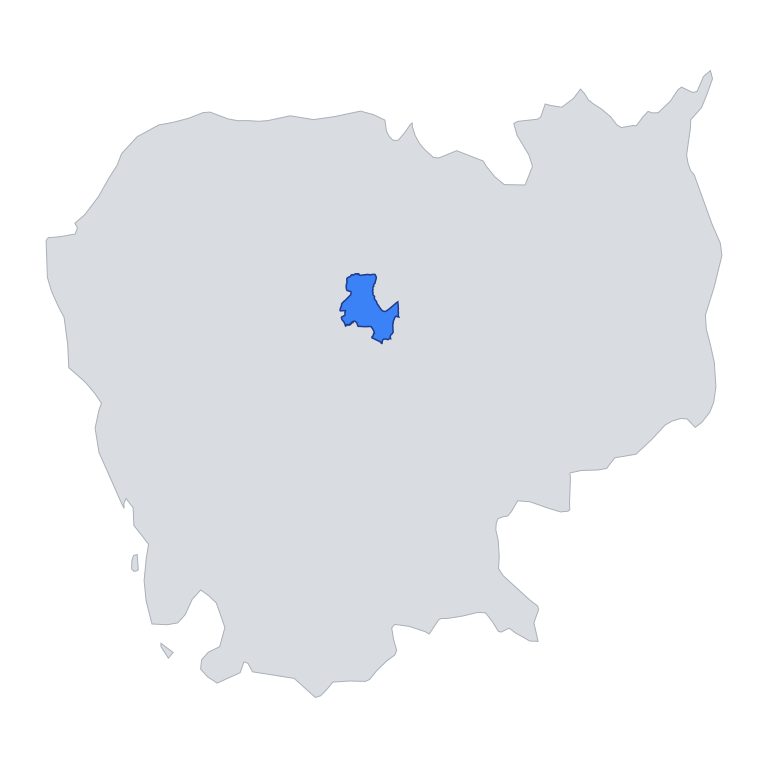 Prasat Ballangk, Kâmpóng Thum, Cambodia (highlighted)
{"feature_id": "14789045B6687253744380", "entity_name": "Prasat Ballangk", "entity_type": "district", "adm_level": 2, "iso_a3": "KHM", "parent_name": "Cambodia", "parent_adm1": "Kâmpóng Thum", "projection": "robinson", "projection_center": [104.812, 13.075], "detail": "fine", "context": "in_parent", "style": "filled", "palette": "blue", "viewbox_px": 768, "rotation_deg": 0, "n_neighbors": 0, "source": "geoboundaries", "source_scale": "gbopen_adm2", "svg_char_len": 8144}
<svg xmlns="http://www.w3.org/2000/svg" viewBox="0 0 768 768"><path d="M710.4,70.6L712.5,78.7L707.1,93.9L701.5,107.7L690.8,119.7L690.3,128.6L686.6,155.1L688.1,163.5L690.6,170.7L694.1,174.6L703.5,200.5L712.0,224.0L720.4,243.4L721.9,255.6L714.3,286.6L705.4,315.1L706.3,329.3L710.1,343.5L714.3,362.4L715.9,386.7L713.7,402.4L709.7,412.3L701.9,422.3L695.2,427.4L687.1,418.9L680.6,418.5L672.0,421.1L665.2,425.0L651.4,439.8L636.0,454.2L614.8,457.8L606.5,468.5L597.7,470.0L580.9,470.5L569.9,473.0L570.4,478.4L569.5,503.7L569.8,509.6L568.1,511.2L560.5,511.9L547.6,508.0L530.1,501.8L517.7,500.8L511.3,511.8L507.5,516.1L502.8,516.8L497.9,518.7L496.2,523.7L495.8,529.8L498.2,540.3L499.2,557.1L498.5,568.5L503.1,575.7L529.8,600.0L537.7,606.0L538.6,609.6L533.9,622.8L538.1,641.4L529.7,641.0L515.8,633.1L509.1,628.2L501.1,632.1L498.3,631.3L492.8,622.2L485.6,612.9L478.3,612.3L462.8,616.0L446.9,618.5L440.9,618.5L438.4,620.2L429.2,634.0L425.3,631.7L409.3,626.4L394.7,624.4L391.7,627.9L393.5,639.3L396.7,650.3L394.8,655.0L386.8,660.8L376.2,671.2L369.7,679.4L365.2,681.4L349.0,681.0L332.9,682.1L326.5,689.8L320.5,695.8L315.3,697.4L294.2,678.4L252.5,671.8L248.0,663.4L244.0,661.8L240.1,672.7L217.2,683.1L207.6,676.8L200.6,669.1L201.6,659.8L208.3,652.2L219.7,646.7L224.9,627.5L216.3,602.9L208.7,595.7L200.7,590.0L192.3,599.2L185.1,614.8L177.7,622.9L167.3,624.7L152.0,624.0L146.1,600.7L144.1,580.6L146.3,557.8L148.6,544.2L133.9,525.5L133.1,507.7L126.0,498.5L123.9,503.2L124.1,508.3L122.1,504.6L99.0,452.4L95.1,428.2L99.1,409.5L101.5,403.3L94.8,393.4L85.4,382.3L68.8,367.7L67.7,344.6L64.1,317.3L59.1,308.1L51.5,291.3L47.4,277.4L46.1,240.7L48.2,237.7L60.0,236.7L75.1,234.0L77.5,228.1L74.9,223.2L84.6,214.9L98.5,196.6L109.2,177.6L117.0,165.5L121.6,153.6L137.2,136.7L158.7,125.0L173.3,122.3L188.5,118.3L203.1,112.6L210.0,112.1L228.0,118.9L237.8,120.7L248.1,120.6L258.7,121.3L267.9,120.6L290.1,115.8L313.6,119.6L334.6,116.6L360.5,111.1L373.3,114.6L384.9,120.1L386.5,131.3L389.2,136.4L393.0,140.3L398.2,140.3L404.8,132.5L410.3,124.5L412.2,123.0L412.4,127.0L415.2,135.7L420.1,144.3L425.1,150.0L433.5,157.5L438.9,157.9L456.7,150.7L483.3,161.1L486.4,166.4L495.0,177.0L504.3,184.6L525.1,185.0L532.5,166.4L528.9,155.0L517.0,135.2L513.8,123.5L517.6,121.4L537.6,119.2L540.8,116.9L545.2,104.0L550.7,105.5L561.8,107.2L573.5,98.4L580.5,89.1L584.3,93.3L588.4,99.8L593.0,103.6L601.5,109.1L610.8,116.9L616.6,124.6L621.2,127.6L633.1,125.5L636.3,125.8L643.2,116.5L648.1,111.4L652.2,112.9L658.2,112.7L670.6,100.9L677.7,90.0L681.5,87.1L692.7,92.5L697.1,91.4L703.5,76.5L710.4,70.6ZM138.3,569.8L136.0,571.2L133.8,571.2L131.6,569.0L131.9,560.6L133.5,555.5L137.2,554.5L138.3,569.8ZM173.1,652.5L168.4,658.2L160.9,646.5L161.0,643.3L173.1,652.5Z" fill="#d9dde1" stroke="#a8b0b8" stroke-width="1"/><path d="M390.6,338.6L390.5,337.9L390.4,337.6L390.1,337.1L390.1,336.9L390.1,336.7L390.5,335.8L390.6,335.3L390.9,334.9L391.2,334.6L392.0,333.9L392.5,333.2L393.0,332.5L393.1,332.3L393.1,332.0L393.0,330.0L392.9,329.2L392.9,328.9L392.9,327.6L392.8,325.8L392.7,324.9L393.0,323.9L393.2,323.0L393.3,322.3L393.2,322.0L393.3,321.5L393.4,321.1L393.6,320.6L394.2,319.2L394.4,318.6L394.6,318.0L394.9,317.6L395.1,317.1L395.2,316.9L395.5,316.6L395.8,316.4L396.3,316.2L396.5,316.2L397.1,316.6L397.7,316.9L397.9,316.9L398.8,317.0L398.5,316.5L398.3,315.3L398.2,314.7L398.4,313.2L398.4,312.6L398.3,311.4L398.2,311.1L398.1,310.7L398.2,310.0L398.4,309.1L398.4,308.7L398.3,308.0L398.2,306.7L398.2,305.4L398.1,304.6L397.8,301.8L396.4,302.8L396.0,303.1L394.7,304.3L394.0,304.8L393.5,305.3L392.4,306.3L391.9,306.6L389.4,308.8L388.3,309.5L387.8,310.0L385.8,311.3L385.5,311.4L384.5,311.4L383.0,311.1L382.7,311.0L382.3,310.6L381.8,310.2L381.1,309.4L380.3,308.4L379.5,307.1L378.6,305.9L378.5,305.6L378.4,305.3L378.2,305.0L377.9,304.9L377.6,304.5L377.3,303.9L377.1,303.7L377.0,303.4L376.9,303.1L376.8,302.8L376.7,302.4L376.5,301.5L376.2,301.2L375.6,300.5L375.1,299.7L374.9,299.5L374.7,299.3L374.5,299.1L374.5,298.9L374.3,298.8L374.3,298.1L374.3,297.8L374.5,297.4L374.6,296.7L374.3,296.2L374.2,296.0L373.5,295.4L373.1,295.0L373.0,294.5L373.0,294.3L372.9,294.0L372.9,293.3L373.0,292.8L372.9,292.6L373.0,292.2L372.5,291.2L372.7,290.8L372.6,290.4L372.8,290.3L372.9,290.1L372.9,289.9L372.9,289.5L373.0,289.3L372.9,288.7L372.8,288.3L372.8,287.5L373.0,287.2L373.5,286.7L373.8,286.2L373.7,285.5L373.6,285.0L373.6,284.8L373.8,284.5L373.9,284.3L374.6,283.7L375.0,283.2L374.9,283.0L375.1,282.7L375.1,282.4L375.2,282.2L375.3,281.8L375.4,281.3L375.4,281.1L375.5,280.9L375.7,280.3L375.8,279.9L376.2,278.7L376.3,278.2L376.2,277.0L375.8,276.0L375.7,275.9L375.4,275.1L375.1,274.6L374.5,274.3L374.2,274.3L371.9,274.5L371.6,274.6L370.3,274.8L369.9,274.8L369.2,274.7L368.0,274.4L367.7,274.4L363.7,274.9L361.3,275.2L361.1,275.2L360.2,275.4L359.6,275.1L359.3,274.9L359.2,274.9L359.2,274.7L359.0,274.4L359.0,274.2L358.8,274.2L358.7,274.0L358.5,273.9L358.3,273.7L358.1,273.7L357.9,273.7L357.8,273.8L357.4,273.8L357.2,274.1L356.9,274.0L356.7,274.2L356.5,273.9L356.4,273.8L356.0,273.7L355.9,273.7L355.8,273.8L355.6,273.9L355.3,274.0L355.1,274.1L354.7,274.1L354.3,274.3L354.0,274.7L353.8,275.0L353.6,275.1L352.9,274.9L352.6,274.9L352.4,274.7L352.0,274.7L351.6,274.9L351.3,275.0L351.0,275.3L350.8,275.8L350.1,276.5L349.6,276.9L349.4,277.0L348.9,277.0L348.6,277.1L348.0,277.5L347.0,278.2L346.8,279.5L346.8,280.0L347.0,282.7L346.7,283.2L346.5,284.1L346.2,285.4L346.2,285.9L346.2,287.4L346.3,288.3L346.5,288.9L346.6,289.5L346.7,289.9L346.9,290.3L347.2,290.5L347.5,290.7L348.2,290.9L350.5,291.4L350.8,291.5L350.9,291.8L351.0,292.5L351.0,293.1L350.9,294.3L350.8,294.5L350.6,294.9L349.1,296.4L348.6,297.0L347.9,297.6L346.6,299.0L345.9,299.7L344.8,300.7L343.8,301.4L343.7,301.5L343.6,301.8L343.3,302.0L343.2,302.2L342.9,302.5L342.5,302.8L341.9,303.4L341.7,303.8L341.6,304.3L341.6,304.5L341.5,304.8L341.5,305.5L341.4,305.8L341.5,306.2L341.4,306.3L341.1,306.6L340.7,307.5L340.5,308.2L340.4,308.4L340.3,308.6L340.3,308.8L340.0,310.0L340.1,310.4L340.1,310.6L340.3,310.7L340.4,310.8L341.0,310.9L342.7,310.7L344.9,310.6L345.3,310.6L345.5,310.7L345.5,310.8L345.1,311.8L344.9,312.4L344.9,312.7L344.9,313.1L345.0,313.9L345.0,314.5L344.9,314.9L344.8,315.1L344.5,315.5L344.0,315.8L342.5,316.5L341.9,316.8L341.7,317.0L341.5,317.3L341.4,317.8L341.8,319.1L342.1,319.8L342.3,320.2L342.7,320.5L343.9,322.0L344.3,322.6L344.4,322.9L344.5,323.3L345.0,324.3L345.1,324.7L345.2,325.2L345.3,325.5L345.6,326.0L346.0,325.5L346.1,325.2L346.1,324.9L346.4,324.7L346.5,324.7L346.6,324.8L346.6,325.5L346.8,325.5L347.1,325.1L347.1,324.9L347.2,324.7L347.3,324.5L347.6,324.5L347.8,324.5L348.0,324.7L348.2,324.8L348.2,325.0L348.3,325.1L348.5,325.1L348.9,325.1L349.3,325.1L349.5,324.7L349.7,324.3L350.2,324.7L350.4,324.6L350.6,324.5L350.7,324.3L350.5,324.2L350.4,324.1L350.5,323.8L350.7,323.7L351.0,323.6L351.3,323.6L351.5,323.4L351.3,323.2L351.2,322.9L351.4,322.7L351.5,322.7L351.7,322.9L352.1,322.7L351.9,322.2L352.2,321.7L352.3,321.7L352.4,321.8L352.5,321.9L352.5,322.1L352.6,322.5L353.0,322.5L352.9,322.3L352.8,322.2L352.7,322.0L352.7,321.8L352.8,321.6L353.0,321.5L353.2,321.3L353.3,321.2L353.5,321.2L354.9,321.3L355.2,321.4L355.8,321.8L356.1,322.1L356.4,322.6L356.7,322.8L357.0,323.4L357.3,324.0L357.6,325.5L358.0,326.2L358.4,326.4L358.7,326.4L360.2,326.4L363.1,326.6L363.5,326.6L365.9,326.7L367.5,326.6L368.0,326.6L368.3,326.5L369.2,326.5L370.2,326.6L370.6,326.6L371.2,326.7L371.4,326.9L372.0,327.9L372.3,328.4L372.9,329.4L373.2,329.8L373.6,330.6L373.9,331.4L374.0,331.9L374.2,332.3L374.3,332.7L374.3,332.9L374.4,333.1L373.9,333.3L373.8,333.5L373.7,333.7L373.5,333.8L373.4,334.0L373.5,334.3L373.5,334.5L373.4,334.7L373.3,335.0L373.3,335.3L373.3,335.6L373.2,335.6L373.2,335.8L372.7,336.2L372.4,336.3L372.2,336.7L372.0,336.9L372.1,337.2L372.0,337.6L371.9,337.8L372.0,337.9L373.5,338.5L377.3,340.4L377.8,340.6L379.5,341.5L380.3,341.9L381.2,342.6L381.3,343.3L381.6,343.5L381.8,343.5L382.1,343.1L382.3,341.1L382.4,340.6L383.0,339.8L383.3,339.5L383.9,339.1L384.4,339.1L384.7,339.1L385.4,339.0L385.8,339.0L386.7,339.3L387.3,339.5L387.6,339.6L388.0,339.5L388.3,339.5L388.5,339.4L388.8,339.1L389.0,338.9L390.1,338.5L390.4,338.5L390.6,338.6Z" fill="#3b82f6" stroke="#1e3a8a" stroke-width="1.5"/></svg>